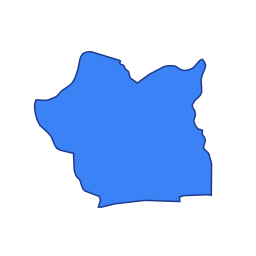 map outline of Maritime (Natural Earth projection), rotated 13°
{"feature_id": "TGO-87", "entity_name": "Maritime", "entity_type": "Region", "adm_level": 1, "iso_a3": "TGO", "parent_name": "Togo", "parent_adm1": "", "projection": "natural_earth1", "projection_center": [1.275, 6.502], "detail": "fine", "context": "isolated", "style": "filled", "palette": "blue", "viewbox_px": 256, "rotation_deg": 13, "n_neighbors": 0, "source": "natural_earth", "source_scale": "10m", "svg_char_len": 1657}
<svg xmlns="http://www.w3.org/2000/svg" viewBox="0 0 256 256"><g transform="rotate(13 128 128)"><path d="M116.9,211.7L117.4,204.4L115.2,201.1L100.4,199.1L97.9,197.6L96.0,195.0L93.6,190.8L92.2,189.0L90.9,188.1L89.5,187.5L88.1,186.3L85.3,181.7L80.6,165.0L66.9,164.9L63.2,163.8L60.9,161.7L55.0,153.6L50.5,150.3L41.6,145.2L37.8,140.7L35.0,135.7L32.8,130.7L31.7,125.6L32.0,121.3L34.1,120.9L41.3,119.7L44.3,118.4L50.6,113.9L51.2,113.2L52.4,111.5L54.2,108.1L55.9,105.6L61.2,100.0L62.4,98.3L63.3,96.8L64.1,94.8L65.3,90.2L66.0,82.1L65.7,72.2L66.0,69.7L66.6,67.2L67.3,65.8L68.2,64.8L69.8,63.8L71.6,62.9L75.1,62.0L104.4,64.0L105.2,64.2L105.6,64.8L105.2,66.3L105.5,67.0L106.3,67.4L109.4,67.9L110.2,68.4L110.8,69.1L111.2,70.0L111.8,70.8L112.6,71.3L113.5,71.8L114.4,72.1L115.5,72.8L115.9,73.2L116.2,73.5L118.3,77.8L118.9,78.5L119.6,79.1L125.3,81.3L126.9,82.1L137.0,70.6L149.5,59.9L153.0,58.4L157.0,57.4L159.2,57.1L160.9,57.3L164.9,58.8L167.1,59.3L169.3,59.4L170.4,59.2L173.4,57.9L176.7,55.9L177.8,54.8L178.9,53.2L182.6,46.3L184.2,44.8L185.0,44.3L187.7,46.6L189.3,48.9L189.7,51.8L188.3,60.5L188.4,64.1L189.2,67.7L190.6,71.9L191.7,77.0L190.9,80.2L189.5,82.4L186.8,86.5L185.4,91.2L186.5,93.6L188.8,95.7L190.8,99.9L190.8,101.5L190.5,103.3L190.4,105.2L191.0,107.3L192.1,109.1L193.5,110.7L195.0,112.1L196.4,113.1L198.1,113.3L199.9,113.1L201.2,113.6L201.4,116.0L201.9,117.5L204.9,120.3L206.0,122.1L206.2,124.2L205.8,128.7L206.2,130.5L207.4,131.6L211.2,133.9L212.8,135.3L217.4,143.9L220.9,159.5L224.3,174.8L220.5,175.1L197.4,181.4L193.7,183.7L195.0,188.0L160.8,194.7L132.3,204.8L119.5,211.3L118.0,211.4L116.9,211.7Z" fill="#3b82f6" stroke="#1e3a8a" stroke-width="1.5"/></g></svg>